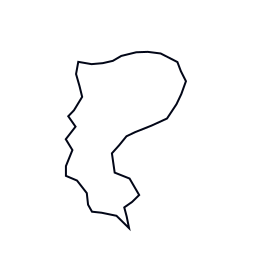 Pano Deftera, Nicosia, Cyprus (Natural Earth projection), rotated 55°
{"feature_id": "46923920B2201845302694", "entity_name": "Pano Deftera", "entity_type": "district", "adm_level": 2, "iso_a3": "CYP", "parent_name": "Cyprus", "parent_adm1": "Nicosia", "projection": "natural_earth1", "projection_center": [33.266, 35.092], "detail": "fine", "context": "isolated", "style": "outline", "palette": "ink", "viewbox_px": 256, "rotation_deg": 55, "n_neighbors": 0, "source": "geoboundaries", "source_scale": "gbopen_adm2", "svg_char_len": 656}
<svg xmlns="http://www.w3.org/2000/svg" viewBox="0 0 256 256"><g transform="rotate(55 128 128)"><path d="M45.3,130.8L54.0,139.6L65.9,143.7L76.2,147.7L82.5,162.1L84.1,170.2L96.8,170.2L101.5,185.4L114.2,186.2L123.6,200.7L131.6,206.3L141.8,199.9L157.7,199.1L167.9,204.7L175.9,205.5L182.2,198.3L193.3,187.8L210.7,184.6L199.6,179.8L190.9,176.6L190.9,167.0L189.3,157.3L170.3,155.7L156.9,164.5L139.5,155.7L137.1,145.3L133.9,134.0L135.5,124.4L139.5,107.5L142.6,90.6L136.3,74.6L130.8,64.9L122.9,53.7L111.8,52.1L102.3,49.7L85.7,58.5L77.0,68.1L70.7,77.8L65.1,92.2L64.3,101.9L60.4,111.5L54.8,121.2L45.3,130.8Z" fill="none" stroke="#020617" stroke-width="2"/></g></svg>